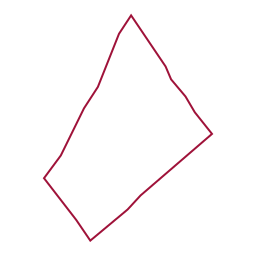 Randa, Tadjourah, Djibouti (Mercator projection)
{"feature_id": "41766387B54529132802745", "entity_name": "Randa", "entity_type": "district", "adm_level": 2, "iso_a3": "DJI", "parent_name": "Djibouti", "parent_adm1": "Tadjourah", "projection": "mercator", "projection_center": [42.697, 12.023], "detail": "fine", "context": "isolated", "style": "outline", "palette": "rose", "viewbox_px": 256, "rotation_deg": 0, "n_neighbors": 0, "source": "geoboundaries", "source_scale": "gbopen_adm2", "svg_char_len": 306}
<svg xmlns="http://www.w3.org/2000/svg" viewBox="0 0 256 256"><path d="M131.1,15.4L119.0,33.8L97.9,86.9L84.0,108.3L60.8,155.5L44.0,178.2L76.2,219.9L90.3,240.6L127.6,209.5L140.6,195.4L212.0,133.9L194.8,112.3L185.5,96.5L171.1,79.4L165.6,66.5L131.1,15.4Z" fill="none" stroke="#9f1239" stroke-width="2"/></svg>